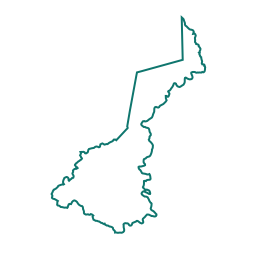 outline of Uruaçu, Goiás, Brazil, rotated 353°
{"feature_id": "56859067B5799909421600", "entity_name": "Uruaçu", "entity_type": "district", "adm_level": 2, "iso_a3": "BRA", "parent_name": "Brazil", "parent_adm1": "Goiás", "projection": "mercator", "projection_center": [-49.066, -14.326], "detail": "fine", "context": "isolated", "style": "outline", "palette": "teal", "viewbox_px": 256, "rotation_deg": 353, "n_neighbors": 0, "source": "geoboundaries", "source_scale": "gbopen_adm2", "svg_char_len": 5894}
<svg xmlns="http://www.w3.org/2000/svg" viewBox="0 0 256 256"><g transform="rotate(353 128 128)"><path d="M194.8,24.8L190.6,67.0L147.5,73.4L143.7,73.9L142.9,76.3L131.9,111.3L127.4,126.4L127.7,127.3L127.6,128.1L126.9,128.7L126.2,129.2L114.9,138.7L114.3,138.0L113.6,138.1L112.8,137.7L112.1,138.1L111.6,138.8L110.8,139.3L108.5,140.0L107.1,140.6L106.3,141.2L105.6,141.5L104.7,141.3L103.7,141.5L102.5,141.6L101.7,140.9L100.7,140.2L99.8,140.4L98.6,140.9L97.9,143.1L97.3,143.5L96.5,143.5L95.9,143.0L95.0,142.7L94.3,142.5L93.2,142.7L91.7,143.6L89.4,143.7L86.7,144.1L85.9,145.0L85.7,145.8L85.0,147.3L83.2,148.1L82.3,147.8L81.9,146.8L80.9,146.2L79.7,146.2L77.9,146.0L78.2,147.5L77.9,148.1L77.1,149.3L77.7,150.5L77.9,151.5L78.6,152.5L78.2,153.2L77.6,153.7L76.7,154.0L75.8,154.7L74.7,155.1L72.9,156.4L72.2,156.7L71.7,157.3L71.0,157.8L70.8,158.4L71.5,159.6L71.7,160.3L72.6,160.7L73.1,161.6L71.9,162.2L71.2,162.1L69.9,162.2L68.9,162.8L68.2,163.5L68.2,164.9L67.3,166.2L67.5,167.3L68.1,168.5L68.1,169.7L67.6,170.7L66.3,170.9L65.6,171.6L64.2,172.2L63.8,172.7L63.1,173.2L62.6,172.3L62.9,171.5L62.7,170.7L62.4,170.0L61.6,169.3L60.9,169.1L58.8,169.8L57.5,172.0L56.9,173.7L57.0,174.6L57.6,176.0L56.8,176.3L56.0,176.0L54.7,176.2L52.5,176.7L51.6,177.1L51.1,177.9L49.2,179.3L47.5,180.0L46.7,180.2L46.5,180.8L45.7,181.5L45.3,182.5L44.1,184.2L44.3,184.8L44.7,185.7L44.6,186.5L44.2,187.2L44.0,188.0L44.5,188.7L45.3,189.2L46.3,189.5L47.6,190.4L49.5,191.9L48.9,192.6L48.6,194.4L48.3,195.5L48.8,196.3L49.8,196.6L50.5,196.9L51.6,198.2L53.1,198.5L55.1,199.3L57.1,199.4L57.9,199.9L58.5,199.4L58.9,198.2L59.5,197.5L59.7,196.7L60.5,196.2L62.2,196.6L63.3,194.9L63.7,194.4L64.5,193.8L65.4,193.4L66.2,193.4L67.3,194.1L68.3,195.1L69.3,197.2L70.3,198.5L71.1,199.1L72.0,199.7L73.0,200.0L73.4,200.6L73.6,202.1L73.5,203.0L73.8,203.9L74.1,205.4L73.9,207.0L74.1,207.6L74.6,208.1L75.7,208.8L77.8,208.8L78.9,209.4L79.8,209.4L80.6,208.9L81.9,209.6L82.4,210.1L82.9,210.7L82.1,211.4L82.1,212.2L82.6,214.8L83.9,215.6L84.4,216.1L86.0,216.4L87.2,217.1L88.0,217.3L88.6,217.8L89.8,218.9L90.7,219.1L91.2,219.6L92.4,220.4L93.2,220.1L93.6,221.2L95.2,222.3L96.1,222.3L97.6,223.5L98.8,223.8L100.2,224.6L100.8,225.2L100.9,226.3L101.1,227.1L102.3,228.4L102.4,230.2L103.2,230.1L104.4,230.6L105.3,230.8L107.2,230.8L108.0,231.0L109.1,231.2L110.6,230.7L111.6,229.7L111.8,228.6L111.8,227.8L111.6,226.0L111.8,224.3L111.8,223.1L112.4,222.5L113.6,222.1L114.7,222.4L115.6,222.5L116.4,222.9L116.9,223.5L117.3,224.5L118.0,225.1L118.8,225.2L119.5,225.0L120.0,224.4L120.9,222.8L124.6,221.8L125.2,221.3L126.2,221.4L127.2,222.3L128.5,223.6L130.0,224.4L131.1,224.1L131.7,223.3L131.6,221.9L131.4,221.0L131.7,220.0L132.7,219.2L133.9,218.4L135.0,217.3L136.4,216.2L138.1,216.5L139.3,217.3L140.0,217.7L140.5,218.2L141.3,218.3L142.0,218.5L143.2,219.0L144.1,219.1L145.0,218.8L145.6,218.0L145.7,217.1L145.0,216.3L144.7,215.7L143.2,213.7L142.2,213.0L141.3,212.3L140.9,211.5L140.7,210.8L141.7,208.4L142.2,206.0L141.9,205.3L141.3,204.9L140.5,203.3L140.1,202.2L140.0,201.5L139.0,199.1L138.0,198.5L137.4,198.2L136.3,198.1L135.6,197.6L134.1,196.2L133.6,195.4L133.5,194.5L134.3,193.5L135.4,192.8L136.1,192.7L137.4,193.7L138.9,194.5L140.9,196.0L141.9,196.1L142.1,195.5L142.0,194.7L141.9,193.9L141.5,192.9L141.0,192.4L139.2,191.4L138.0,191.8L137.2,190.9L136.7,190.1L136.0,189.5L135.6,188.5L136.3,187.5L136.8,186.4L137.2,184.5L137.2,183.7L137.4,182.6L138.3,182.5L139.3,182.9L139.9,182.2L140.6,182.0L141.3,181.9L143.3,182.0L143.9,181.7L144.2,181.1L144.2,180.0L144.2,178.5L144.0,177.3L143.6,176.3L142.5,176.6L141.3,176.4L139.9,175.7L137.6,175.0L136.9,174.8L136.4,174.4L136.1,173.7L135.8,172.8L135.1,171.3L134.2,170.4L133.9,169.7L133.7,169.0L133.7,168.0L134.4,167.6L135.8,167.8L136.6,167.8L139.4,167.4L140.4,167.0L140.5,166.0L139.6,164.7L139.3,163.7L139.5,162.5L139.7,161.5L140.0,160.9L141.9,160.3L142.8,159.5L143.5,159.2L145.8,158.8L146.7,158.1L147.2,157.4L148.1,155.8L148.6,154.6L149.0,153.5L149.1,152.4L149.8,151.4L150.2,150.4L150.6,148.3L150.3,147.2L149.4,145.6L148.6,144.5L147.6,143.4L147.2,142.1L147.8,141.3L148.2,140.3L148.2,139.5L148.7,138.8L149.7,137.9L149.9,136.7L149.6,135.8L149.0,134.4L148.9,132.4L148.7,131.5L148.3,130.8L147.5,130.3L146.5,130.0L145.5,129.5L145.0,129.0L143.8,128.9L142.0,127.1L141.6,126.2L141.8,125.3L143.6,123.2L145.0,123.1L145.5,123.5L146.5,123.6L148.0,123.3L150.2,121.9L152.5,120.8L153.1,120.4L154.1,118.7L154.4,117.8L154.9,116.9L156.0,115.0L156.5,111.9L156.8,111.3L157.5,110.6L158.4,110.5L159.5,111.1L160.6,111.4L161.4,111.1L162.1,110.2L162.8,109.7L166.0,108.5L168.6,106.5L169.7,105.2L169.5,104.5L169.2,103.3L169.4,100.8L170.2,100.9L171.4,101.9L172.0,101.6L172.5,100.8L173.1,99.6L173.3,98.7L172.3,96.8L172.7,96.2L173.9,95.9L174.5,95.4L175.1,94.8L175.5,94.2L176.7,93.0L177.4,92.2L178.4,90.6L178.8,89.7L179.4,89.2L180.4,89.4L181.0,89.9L181.1,90.7L182.0,92.4L182.9,93.1L184.2,93.6L185.2,93.3L186.3,92.7L188.3,91.8L188.8,91.2L189.7,89.9L190.0,88.7L190.3,86.2L190.7,85.2L191.5,85.0L192.3,85.6L192.9,86.2L194.9,87.2L195.7,87.3L196.3,87.2L197.0,87.2L197.7,86.7L198.2,85.8L198.2,84.5L197.4,81.6L197.6,80.7L198.8,80.3L200.3,80.4L201.4,80.7L202.0,81.2L202.9,81.5L204.1,81.4L204.7,81.6L205.6,81.6L207.7,81.9L208.5,81.4L209.2,81.8L209.8,81.9L210.7,81.3L211.1,80.7L211.4,79.8L211.7,78.7L211.7,77.9L212.0,77.3L211.8,76.1L211.2,75.6L211.6,75.0L211.4,74.4L210.6,74.0L209.5,73.9L209.1,72.9L209.7,70.8L209.4,69.3L209.2,67.3L209.3,66.7L208.4,65.7L208.4,64.7L208.0,64.1L207.8,63.2L208.2,62.5L207.7,61.8L208.5,61.5L208.5,60.5L209.2,59.5L209.6,58.3L209.1,57.0L208.1,55.4L208.3,54.6L208.0,54.0L207.5,53.6L206.7,53.2L205.9,53.0L205.9,52.3L205.4,51.6L205.0,50.8L205.4,48.7L205.3,47.7L205.5,46.4L205.9,45.8L206.5,44.6L206.2,43.2L205.6,42.4L204.1,42.5L205.0,40.5L204.6,39.2L204.0,38.7L203.0,38.2L201.6,37.8L200.9,37.3L199.9,36.1L199.3,35.4L198.8,34.6L197.4,33.2L197.1,32.1L197.3,30.9L196.6,27.9L196.5,27.1L196.2,26.4L194.8,24.8Z" fill="none" stroke="#0f766e" stroke-width="2"/></g></svg>